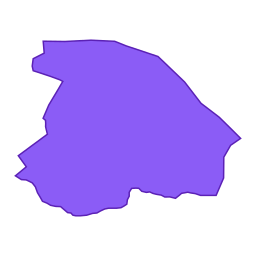 Cocal de Telha, Piauí, Brazil (orthographic projection)
{"feature_id": "56859067B88089338838597", "entity_name": "Cocal de Telha", "entity_type": "district", "adm_level": 2, "iso_a3": "BRA", "parent_name": "Brazil", "parent_adm1": "Piauí", "projection": "orthographic", "projection_center": [-41.973, -4.614], "detail": "fine", "context": "isolated", "style": "filled", "palette": "violet", "viewbox_px": 256, "rotation_deg": 0, "n_neighbors": 0, "source": "geoboundaries", "source_scale": "gbopen_adm2", "svg_char_len": 1113}
<svg xmlns="http://www.w3.org/2000/svg" viewBox="0 0 256 256"><path d="M18.3,155.7L26.3,166.8L15.4,175.8L21.4,179.6L26.2,179.9L29.4,181.4L32.3,182.9L35.4,186.9L37.5,192.7L40.2,197.2L42.5,201.3L47.1,203.2L50.6,205.3L55.7,206.4L60.6,206.6L64.1,209.6L67.6,212.6L70.9,213.0L72.9,215.2L75.8,215.8L80.1,215.8L86.7,215.2L92.5,213.4L96.9,213.0L100.6,210.9L104.7,209.0L108.6,208.2L116.3,208.2L121.0,207.7L123.9,206.1L126.8,204.2L127.4,199.7L129.2,196.2L129.2,192.3L131.6,188.4L135.9,188.1L138.8,188.3L141.8,191.3L146.4,192.4L149.7,191.9L152.9,193.4L156.4,194.3L161.2,195.1L164.8,197.0L169.8,196.9L175.5,198.3L179.4,195.2L181.6,193.3L184.7,192.8L187.8,192.2L190.6,192.9L195.2,193.6L200.6,195.4L216.1,195.4L223.6,178.0L223.8,157.2L230.6,145.3L240.6,138.4L231.8,129.6L219.3,117.3L201.0,103.3L184.6,82.0L169.5,67.5L158.0,56.5L126.2,45.9L114.7,41.3L91.0,40.2L83.5,40.6L80.6,40.7L64.9,41.5L43.2,41.2L44.2,53.1L33.2,58.7L32.2,66.1L33.2,70.7L49.7,76.1L59.8,79.8L62.8,81.4L58.5,88.8L48.8,105.0L43.1,118.3L45.5,120.3L45.7,123.6L45.6,126.7L46.4,130.2L47.4,134.2L18.3,155.7Z" fill="#8b5cf6" stroke="#5b21b6" stroke-width="1.5"/></svg>